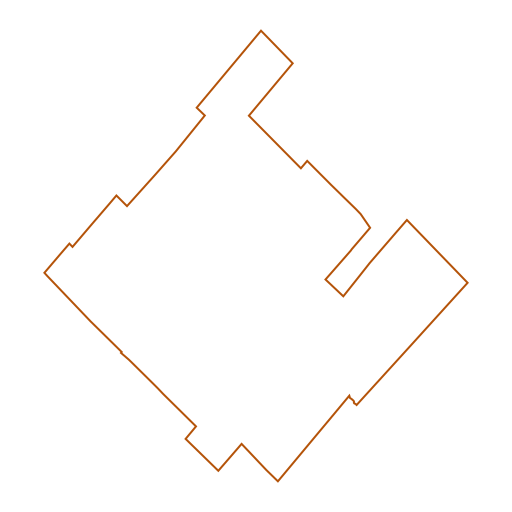 Brandsen, Buenos Aires, Argentina (Equal Earth projection)
{"feature_id": "61730980B58719049483690", "entity_name": "Brandsen", "entity_type": "district", "adm_level": 2, "iso_a3": "ARG", "parent_name": "Argentina", "parent_adm1": "Buenos Aires", "projection": "equal_earth", "projection_center": [-58.12, -35.196], "detail": "fine", "context": "isolated", "style": "outline", "palette": "amber", "viewbox_px": 512, "rotation_deg": 0, "n_neighbors": 0, "source": "geoboundaries", "source_scale": "gbopen_adm2", "svg_char_len": 1186}
<svg xmlns="http://www.w3.org/2000/svg" viewBox="0 0 512 512"><path d="M356.6,405.0L406.2,350.5L467.6,282.8L429.8,243.7L406.9,220.0L395.7,232.9L369.8,262.9L357.8,278.1L343.3,296.3L325.5,279.5L350.9,250.5L351.6,249.4L370.1,227.8L360.7,214.1L355.6,208.8L344.6,198.1L331.1,184.9L307.2,160.9L300.9,168.3L248.9,115.7L292.7,63.3L261.0,30.7L196.7,107.7L204.8,115.5L175.7,151.5L155.4,174.5L127.0,206.1L116.4,195.5L109.3,203.9L92.1,223.9L72.5,246.9L69.4,243.6L60.6,253.8L44.4,272.8L47.1,275.8L90.7,321.5L121.7,352.0L121.0,352.9L128.9,359.7L153.9,384.4L157.7,388.2L163.1,393.9L196.0,426.4L185.6,438.9L218.3,470.8L241.6,443.9L266.4,470.1L277.9,481.3L349.3,395.7L349.4,396.0L349.6,396.4L349.6,396.9L349.6,397.1L349.8,397.6L350.0,397.9L350.2,398.1L350.5,398.3L350.8,398.5L351.1,398.7L351.6,399.0L351.8,399.2L352.0,399.4L352.2,399.5L352.4,399.8L352.7,400.0L353.0,400.2L353.3,400.5L353.6,400.8L353.7,401.0L353.9,401.4L353.9,401.6L354.0,401.9L353.9,402.1L353.9,402.4L353.9,402.8L354.1,403.1L354.2,403.3L354.4,403.5L354.6,403.6L354.8,403.6L355.0,403.7L355.3,403.8L355.5,403.9L355.6,404.0L355.9,404.2L356.0,404.4L356.1,404.5L356.5,404.9L356.6,405.0Z" fill="none" stroke="#b45309" stroke-width="2"/></svg>